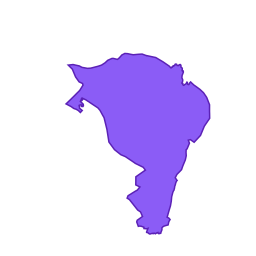 Sakaba, Kebbi, Nigeria, rotated 210°
{"feature_id": "59680162B48034518845808", "entity_name": "Sakaba", "entity_type": "district", "adm_level": 2, "iso_a3": "NGA", "parent_name": "Nigeria", "parent_adm1": "Kebbi", "projection": "robinson", "projection_center": [5.532, 11.176], "detail": "fine", "context": "isolated", "style": "filled", "palette": "violet", "viewbox_px": 256, "rotation_deg": 210, "n_neighbors": 0, "source": "geoboundaries", "source_scale": "gbopen_adm2", "svg_char_len": 3446}
<svg xmlns="http://www.w3.org/2000/svg" viewBox="0 0 256 256"><g transform="rotate(210 128 128)"><path d="M44.8,64.1L45.8,67.2L45.8,69.8L47.6,70.4L49.5,70.3L51.4,77.9L52.3,81.8L53.9,86.2L55.8,90.3L57.0,94.7L57.2,96.2L57.1,97.3L57.4,98.0L57.7,99.3L58.3,100.6L58.6,102.3L59.2,104.3L59.4,105.9L59.4,106.5L59.2,107.1L62.2,108.5L62.3,109.3L62.3,110.3L62.4,111.4L62.4,112.3L62.2,113.2L61.7,115.1L61.5,115.8L60.8,118.7L61.5,122.2L62.0,125.9L62.4,129.0L63.7,133.1L65.5,135.8L66.8,138.3L66.4,139.4L67.2,145.6L69.7,147.6L68.2,149.1L63.6,148.7L61.5,157.8L62.8,167.7L62.4,173.6L62.1,177.2L64.5,181.2L65.8,183.3L69.0,188.9L75.1,193.8L79.8,196.1L80.3,196.3L85.0,197.4L89.5,197.9L92.7,198.2L94.3,198.6L95.3,198.8L96.8,199.2L97.1,198.1L97.0,197.0L97.0,196.3L97.0,196.2L97.2,195.9L97.7,195.7L98.3,195.8L98.6,196.3L99.2,196.8L99.4,197.2L99.7,197.2L99.9,197.2L99.9,196.7L99.9,196.1L99.9,195.7L99.9,195.3L99.9,195.2L100.2,194.6L100.5,194.2L100.8,193.5L100.9,193.3L101.0,192.9L101.4,192.7L102.0,193.0L102.6,193.3L102.6,193.7L102.8,194.0L103.3,193.9L103.7,193.8L103.9,194.3L104.0,195.6L104.3,196.4L104.8,197.2L106.4,198.4L107.4,200.5L107.8,203.1L107.9,203.5L107.9,203.8L108.2,204.4L108.5,204.6L108.7,205.0L109.0,205.0L109.3,204.9L109.5,204.6L109.8,204.7L110.0,205.3L110.3,205.8L110.6,206.5L111.0,206.9L111.4,207.1L112.0,207.2L112.5,207.2L112.9,207.7L113.2,208.3L113.5,208.7L114.0,208.7L114.2,209.1L114.5,209.1L115.2,208.5L115.2,208.4L115.4,207.9L115.4,207.7L115.4,207.4L115.8,207.2L116.1,207.0L116.7,206.7L117.1,207.0L117.5,207.3L117.8,207.5L118.2,207.4L118.6,207.2L118.8,207.1L119.0,206.9L118.9,206.4L119.0,206.1L118.8,205.9L118.8,205.6L119.1,205.3L119.3,204.8L119.4,204.4L119.7,204.4L119.8,204.6L120.0,204.4L120.1,203.8L120.0,203.4L120.0,203.2L120.1,202.8L120.4,202.7L120.5,202.7L120.6,202.3L120.6,202.1L120.6,201.8L121.1,201.5L123.1,202.2L130.8,202.8L139.2,202.9L148.1,200.0L148.1,199.9L152.7,199.1L156.2,196.8L160.0,194.1L162.4,193.2L165.5,192.2L168.0,191.0L169.6,188.5L169.8,188.3L170.6,184.4L171.3,182.5L171.5,182.1L175.6,180.9L176.7,180.2L179.4,176.5L180.5,172.9L182.4,169.2L184.9,166.4L190.2,161.2L192.9,159.4L198.2,157.5L201.2,157.4L205.3,156.1L207.3,155.5L208.9,154.3L211.2,152.6L205.6,151.1L198.9,146.0L193.4,143.5L189.6,143.8L188.4,142.6L188.6,136.4L191.9,124.1L193.7,117.9L187.8,118.1L184.8,117.8L184.1,117.9L182.3,118.3L180.8,118.3L179.7,118.3L177.0,117.6L176.4,120.3L179.9,120.9L180.4,121.8L181.5,122.9L181.6,123.3L180.3,124.6L179.5,124.7L179.3,123.5L178.8,123.5L177.8,124.0L177.7,124.9L178.6,126.2L182.6,127.3L182.5,128.7L181.7,128.7L181.5,129.8L182.9,129.8L182.8,131.0L178.8,131.3L164.3,130.4L164.2,130.4L161.1,129.3L156.5,126.5L153.9,125.0L145.5,116.2L137.5,106.3L128.9,102.5L120.9,101.3L115.9,101.9L105.6,101.2L104.0,101.0L95.2,101.6L91.9,100.2L96.8,89.7L92.8,82.6L88.2,82.9L88.9,78.8L89.9,77.2L94.1,69.4L93.7,66.8L90.9,66.7L78.6,61.8L75.3,61.6L74.5,61.1L71.2,58.6L73.9,52.7L73.5,51.0L69.9,48.0L69.3,48.6L67.6,49.5L64.6,50.0L63.9,48.9L61.5,50.0L60.5,51.1L59.9,47.1L59.6,46.9L59.2,47.1L58.6,47.2L58.1,47.2L57.5,47.1L56.9,47.0L56.4,47.0L55.7,47.4L55.2,48.0L54.9,48.3L54.5,48.7L54.1,49.0L53.6,49.0L53.6,49.3L53.1,49.7L52.9,49.8L52.7,49.7L52.2,50.2L51.8,50.2L51.4,50.1L50.9,51.0L50.6,51.7L50.4,52.0L50.2,52.0L49.8,52.4L49.6,51.9L49.1,51.9L48.7,51.9L48.3,51.9L47.9,52.5L47.9,52.8L47.5,52.9L47.3,52.9L47.0,53.3L47.3,54.1L47.7,56.8L48.2,57.6L48.7,58.6L48.5,59.6L47.8,61.0L46.6,62.3L44.8,64.1Z" fill="#8b5cf6" stroke="#5b21b6" stroke-width="1.5"/></g></svg>